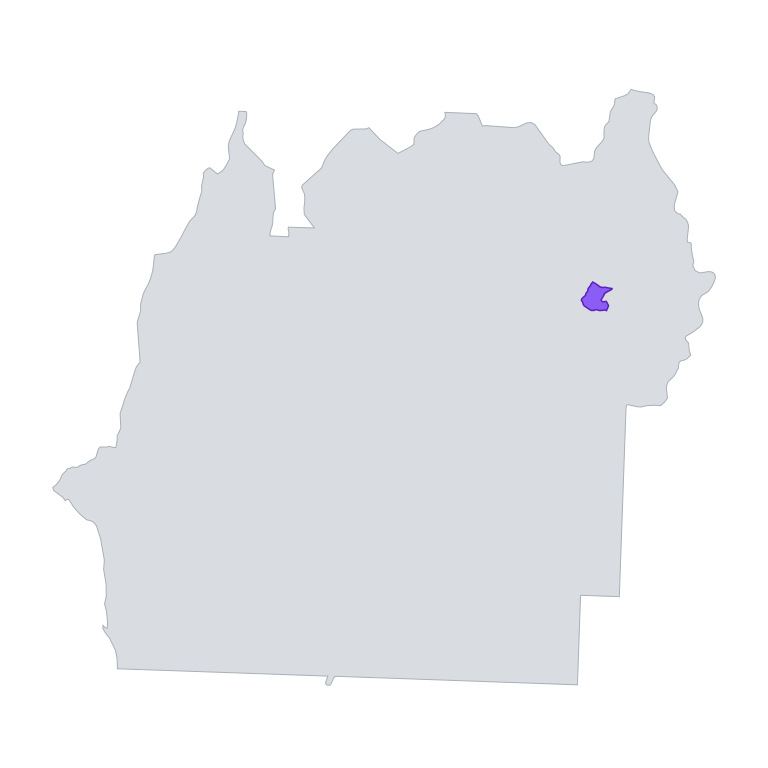 Tawila, North Darfur, Sudan (highlighted), rotated 182°
{"feature_id": "16777658B31979964775583", "entity_name": "Tawila", "entity_type": "district", "adm_level": 2, "iso_a3": "SDN", "parent_name": "Sudan", "parent_adm1": "North Darfur", "projection": "robinson", "projection_center": [24.702, 13.314], "detail": "fine", "context": "in_parent", "style": "filled", "palette": "violet", "viewbox_px": 768, "rotation_deg": 182, "n_neighbors": 0, "source": "geoboundaries", "source_scale": "gbopen_adm2", "svg_char_len": 4982}
<svg xmlns="http://www.w3.org/2000/svg" viewBox="0 0 768 768"><g transform="rotate(182 384 384)"><path d="M538.8,651.5L531.4,651.5L530.6,649.5L530.7,644.1L531.5,640.0L534.2,633.6L533.5,630.0L533.8,624.9L531.8,619.2L514.1,602.7L510.6,598.1L501.0,594.0L502.7,589.3L498.5,555.4L500.4,551.5L500.9,545.6L500.8,540.4L503.0,531.8L503.2,528.1L484.5,527.8L484.3,531.6L485.2,535.7L485.1,537.4L459.0,537.5L469.6,550.8L470.1,556.6L469.6,563.8L469.7,568.5L470.3,571.5L473.2,577.5L473.0,578.6L472.4,580.0L454.0,597.7L450.9,605.9L448.5,610.2L443.1,617.5L426.3,636.4L423.5,637.6L410.7,638.3L409.4,638.8L408.4,639.6L407.8,639.4L396.7,628.3L378.1,614.9L365.8,621.9L362.5,624.5L362.5,630.9L360.6,634.2L357.3,637.7L348.2,640.0L343.5,641.9L337.9,645.5L332.4,651.6L332.0,654.7L332.6,657.6L301.3,657.4L299.2,655.2L294.6,645.2L291.4,645.8L262.8,644.7L258.8,645.7L250.6,649.8L246.5,650.5L242.3,648.6L227.2,628.9L223.9,626.5L220.5,621.8L217.3,619.8L216.2,618.3L215.9,616.2L216.0,611.9L214.9,609.2L212.5,608.5L192.4,613.1L189.5,612.6L185.2,613.4L183.8,614.2L182.1,616.8L181.8,622.2L181.3,624.9L179.7,627.9L174.0,634.6L172.7,637.5L173.0,644.8L172.6,648.5L171.7,650.3L169.2,653.1L168.3,654.7L167.3,664.1L164.1,669.8L163.4,671.9L163.2,676.0L162.7,677.2L153.6,680.5L150.2,682.6L148.1,685.8L147.5,687.1L143.6,686.0L138.7,685.2L129.1,684.1L125.3,682.6L123.5,680.4L124.1,674.7L123.1,673.5L121.6,672.5L120.6,670.0L120.8,667.0L125.8,660.4L126.9,656.9L128.2,640.3L127.8,635.3L123.8,626.0L114.7,610.0L112.5,606.9L101.0,593.7L99.7,591.8L96.9,586.2L100.0,574.0L100.2,570.6L99.4,567.1L96.5,564.5L94.0,564.2L90.6,561.0L88.4,559.5L86.4,556.6L85.1,552.6L86.1,538.2L85.4,536.3L82.5,535.8L81.8,534.8L81.9,532.0L80.4,523.8L78.6,517.1L79.6,513.3L77.1,508.2L72.5,506.0L63.3,507.7L60.5,507.4L58.5,506.5L57.2,504.6L56.5,502.4L57.1,499.1L59.7,493.0L63.0,487.9L69.6,483.4L71.3,480.9L72.3,478.3L72.5,475.2L72.1,471.9L71.3,468.9L69.4,465.0L67.6,460.3L67.6,457.2L68.5,454.9L70.2,452.2L76.8,446.9L83.5,442.5L84.6,441.0L84.2,439.1L81.1,435.5L80.2,428.5L78.5,423.6L81.9,419.9L84.4,418.5L88.3,417.4L89.8,415.9L90.3,412.9L90.2,410.1L91.6,408.0L93.5,403.5L95.0,401.4L100.1,396.2L101.3,392.8L101.6,389.5L100.2,379.6L103.2,375.4L106.9,372.0L112.3,372.2L120.7,371.5L126.4,370.0L130.5,370.1L139.8,371.9L140.8,371.1L141.3,368.5L141.4,179.7L179.7,179.7L180.2,179.4L180.2,90.1L421.3,90.2L423.3,89.8L427.0,81.5L428.6,80.9L431.1,81.4L432.0,83.3L430.0,90.1L640.5,90.1L641.2,100.3L643.0,108.4L649.2,120.1L654.4,126.4L656.3,129.9L656.5,131.5L656.3,133.0L654.8,131.2L652.1,130.1L651.9,135.5L653.3,146.7L655.6,154.6L654.2,161.8L654.7,174.1L657.7,188.8L657.3,198.2L662.0,220.2L666.5,232.3L668.9,235.3L671.6,236.9L676.7,238.0L684.3,244.2L690.3,250.7L692.5,254.2L695.4,257.9L697.4,257.2L698.6,256.2L700.6,259.3L710.1,265.8L711.5,268.9L708.2,271.8L704.4,277.0L702.6,281.7L701.6,283.2L698.5,286.2L698.0,287.7L696.7,288.6L695.2,288.7L692.0,290.3L689.2,289.8L686.2,290.7L685.2,291.8L682.9,292.8L679.7,293.4L674.9,297.4L670.7,299.3L669.3,301.0L667.2,309.0L665.6,311.1L659.2,311.3L656.2,312.0L651.9,311.1L649.9,311.2L649.4,312.9L648.7,319.8L648.9,322.8L645.5,330.7L646.7,345.4L643.5,356.4L643.0,358.9L639.7,367.7L638.0,370.9L633.8,387.2L632.2,392.2L628.5,397.5L632.8,436.7L629.8,448.7L630.0,455.3L627.9,465.0L626.2,469.4L623.4,474.8L621.1,480.9L619.1,488.8L617.9,503.9L617.2,505.3L606.0,507.1L602.5,508.2L600.1,509.9L597.2,513.7L591.6,524.3L588.6,530.8L584.0,539.7L578.6,546.0L577.4,549.1L576.6,554.8L574.6,563.8L572.8,570.2L573.2,575.3L571.6,584.3L571.9,588.6L570.0,591.1L567.4,593.4L565.6,594.0L557.7,588.0L552.2,592.1L548.8,597.9L546.2,603.7L547.9,616.1L547.7,618.8L547.0,621.8L541.9,633.9L540.4,639.5L538.8,649.2L538.8,651.5Z" fill="#d9dde1" stroke="#a8b0b8" stroke-width="1"/><path d="M164.2,465.1L163.9,466.0L163.6,466.6L162.3,470.1L164.6,474.1L164.7,474.3L165.2,474.2L165.5,474.2L166.9,474.0L168.5,473.7L169.8,475.2L169.9,475.8L169.1,477.2L168.4,478.5L167.7,479.8L167.0,481.2L167.0,481.3L167.0,481.7L166.9,481.9L166.6,482.0L166.4,482.4L166.2,482.7L166.1,482.8L165.8,482.8L165.7,482.8L165.1,483.5L164.7,483.6L164.0,483.9L163.6,484.1L163.3,484.7L162.5,484.8L160.9,485.7L159.6,486.6L159.4,487.2L159.4,487.3L159.5,487.4L159.8,487.5L160.2,487.5L160.9,487.5L162.0,487.7L163.8,487.9L164.8,488.2L166.4,488.4L166.5,488.4L167.4,488.3L167.5,488.3L167.8,488.1L168.7,488.1L169.2,488.1L169.3,488.2L169.7,488.2L170.0,488.2L170.0,488.3L170.6,488.5L171.6,488.6L172.3,489.0L172.9,489.8L174.3,490.5L174.9,491.0L175.3,491.2L176.2,491.8L176.4,491.9L177.2,492.3L177.6,492.4L178.1,492.6L178.4,492.8L178.7,493.0L178.9,493.2L179.1,492.9L180.3,491.5L181.2,489.4L182.2,488.1L183.1,486.9L183.5,486.0L183.5,484.9L183.8,483.7L184.7,482.6L185.3,481.6L185.6,480.3L186.1,479.3L187.9,477.6L189.5,475.8L189.6,474.8L189.6,474.1L188.7,473.3L188.1,472.0L187.9,471.4L187.7,470.6L186.8,469.2L185.4,468.3L181.3,465.7L179.2,464.7L178.1,464.9L177.3,464.7L174.8,465.7L172.1,465.2L171.2,464.9L168.3,465.2L166.5,465.7L164.2,465.1L164.2,465.1Z" fill="#8b5cf6" stroke="#5b21b6" stroke-width="1.5"/></g></svg>